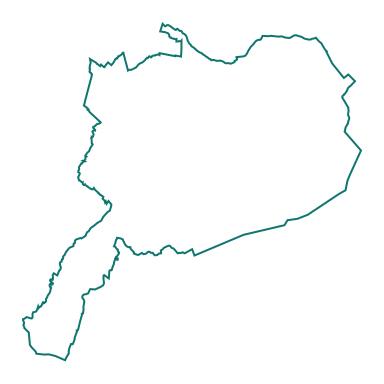 Atlautla, México, Mexico
{"feature_id": "50627088B45951855748023", "entity_name": "Atlautla", "entity_type": "district", "adm_level": 2, "iso_a3": "MEX", "parent_name": "Mexico", "parent_adm1": "México", "projection": "equal_earth", "projection_center": [-98.761, 19.016], "detail": "fine", "context": "isolated", "style": "outline", "palette": "teal", "viewbox_px": 384, "rotation_deg": 0, "n_neighbors": 0, "source": "geoboundaries", "source_scale": "gbopen_adm2", "svg_char_len": 5732}
<svg xmlns="http://www.w3.org/2000/svg" viewBox="0 0 384 384"><path d="M84.7,102.4L84.8,102.6L83.9,105.5L87.0,107.8L88.1,108.9L87.5,109.6L88.2,110.3L88.7,110.1L89.6,112.1L100.7,122.4L100.4,122.9L99.2,123.6L97.1,124.0L94.5,126.4L93.1,127.1L93.2,127.8L95.2,130.0L95.0,130.6L94.4,130.4L93.2,130.7L92.4,131.6L93.3,133.5L93.6,134.6L92.8,136.9L92.3,137.1L91.7,136.8L91.6,138.0L91.2,138.2L91.6,139.5L91.8,143.4L92.7,144.3L90.1,148.5L89.1,151.2L87.2,152.9L85.7,155.1L85.3,155.8L86.4,156.6L85.5,157.2L85.3,159.4L84.6,160.4L83.2,160.7L84.5,161.4L83.5,161.6L82.7,162.5L82.5,162.4L81.9,163.5L81.3,163.4L78.9,167.3L79.2,169.4L78.4,170.7L78.2,172.0L79.7,173.1L79.7,174.0L78.2,177.1L78.4,177.5L78.3,178.1L79.1,180.4L79.5,180.3L82.2,182.5L82.8,182.2L82.8,184.1L83.9,185.1L84.9,184.4L85.0,184.9L87.3,186.2L87.2,186.4L89.8,188.2L91.9,189.4L92.8,189.3L93.9,187.9L94.9,189.7L98.7,193.1L98.5,193.3L100.5,195.1L100.8,194.9L103.4,196.9L102.6,198.7L104.7,200.7L105.1,202.4L105.8,201.4L106.6,203.8L108.5,201.0L111.3,204.4L111.3,205.5L109.8,210.7L107.5,212.1L103.3,216.8L101.3,220.6L97.0,223.2L94.3,225.5L90.7,228.0L88.6,231.4L87.2,232.1L86.4,233.5L85.7,235.7L81.5,238.5L80.5,238.0L79.9,238.2L75.7,239.7L75.0,240.9L74.8,243.1L73.7,243.6L73.4,246.1L69.3,247.9L66.0,252.0L64.5,255.2L63.7,255.7L63.1,256.7L63.2,258.1L62.7,259.3L61.9,259.4L61.6,261.6L60.2,262.2L59.8,263.9L60.9,267.9L59.9,270.2L59.2,270.6L57.3,275.4L53.8,273.3L52.7,275.2L53.0,278.1L52.7,279.8L52.2,279.9L51.3,279.2L50.8,279.3L50.2,279.8L50.1,280.9L52.8,283.1L52.9,283.8L52.4,284.4L51.6,284.7L50.7,283.5L49.7,284.4L49.6,285.3L49.8,286.4L50.3,287.1L50.9,287.1L51.1,288.1L50.7,288.7L50.3,291.2L49.4,293.3L47.8,295.4L47.0,297.6L46.0,298.9L46.1,300.7L45.5,302.2L44.8,302.4L44.2,303.1L43.5,303.2L43.3,302.2L43.0,302.2L42.7,303.7L42.3,303.7L41.3,306.0L40.7,306.6L40.3,306.4L39.8,306.7L38.5,308.2L38.1,306.6L36.9,310.3L35.9,311.6L33.0,312.4L32.5,314.1L32.6,317.2L31.8,318.4L30.8,318.4L26.7,317.1L24.2,318.8L23.0,319.2L23.1,320.3L24.0,322.3L24.0,323.5L23.4,325.2L24.3,327.0L24.3,328.0L28.8,332.5L29.9,344.9L31.6,347.3L35.6,351.5L36.4,353.7L44.5,354.6L48.7,354.3L55.1,355.9L65.1,360.2L66.1,357.9L68.8,353.3L68.7,351.1L69.3,348.3L71.0,344.0L72.7,344.2L73.2,343.2L74.8,338.9L74.5,338.2L77.0,331.4L76.7,330.5L77.9,330.1L78.5,328.1L80.0,321.7L82.1,314.4L81.8,314.0L82.8,312.9L83.1,313.0L83.5,309.8L83.4,306.7L84.1,303.4L84.2,300.9L83.9,299.9L82.3,297.8L82.3,296.6L82.7,295.5L84.2,294.4L86.1,294.2L88.2,293.3L90.0,289.3L90.8,289.1L95.0,289.5L101.2,286.6L103.1,285.3L104.0,283.3L103.4,277.9L103.6,275.4L104.2,275.1L108.8,278.4L109.4,270.9L110.2,270.1L111.4,270.3L111.8,269.9L112.3,267.9L113.9,263.9L114.0,262.5L115.1,259.3L117.6,259.8L117.8,258.5L115.5,258.0L116.0,257.1L116.3,257.3L118.9,253.5L119.0,252.9L118.7,252.6L118.9,252.3L117.7,250.9L118.0,250.0L117.5,249.4L116.1,248.2L115.6,247.1L114.0,246.3L115.3,243.3L115.9,240.2L116.7,239.3L117.0,237.8L120.3,238.3L122.8,239.4L123.5,241.4L124.0,241.9L124.4,243.5L124.8,243.7L125.6,245.3L127.3,246.7L129.1,247.3L129.9,247.0L130.4,247.2L130.7,248.9L134.1,252.5L133.9,253.6L137.2,254.8L138.5,254.9L141.9,252.9L143.5,254.2L145.0,254.0L146.7,253.2L148.0,251.9L149.3,251.7L150.9,252.8L152.7,252.8L153.9,254.5L154.9,255.3L157.1,255.1L158.9,253.6L161.1,253.3L160.9,250.4L162.8,249.2L163.8,247.9L166.8,246.4L169.3,245.6L170.1,246.0L171.7,247.9L173.6,248.5L177.7,253.3L179.1,252.9L181.0,253.0L182.4,252.3L182.8,252.3L184.3,253.3L184.9,253.2L192.1,249.2L194.5,255.5L243.6,234.8L284.5,225.2L287.5,220.2L297.4,218.8L307.7,214.8L339.4,193.7L345.5,190.3L347.5,180.6L350.1,174.3L361.0,150.5L344.6,131.6L345.1,130.5L345.2,129.0L345.8,127.0L347.6,123.9L347.9,123.8L348.3,121.1L349.0,119.7L349.3,117.8L348.0,114.9L348.6,110.5L348.2,108.7L348.4,107.8L342.2,97.4L342.4,96.1L343.7,95.2L344.0,94.3L344.6,94.1L346.9,90.9L347.9,88.2L349.3,86.7L350.0,86.4L355.0,81.2L348.3,74.5L343.9,78.0L332.1,63.3L326.3,51.6L326.7,51.4L324.8,49.2L321.3,43.2L318.7,41.1L315.9,37.7L314.8,38.3L312.1,38.8L310.8,39.5L309.3,39.6L306.1,39.1L303.6,38.2L301.9,37.0L296.0,35.2L294.0,35.5L290.4,37.6L289.1,38.0L285.0,37.5L281.9,36.4L277.9,36.6L270.7,35.8L269.0,36.2L262.6,35.9L260.9,39.4L260.3,39.8L259.2,39.7L257.4,40.2L255.7,41.2L253.4,44.2L250.7,46.9L248.3,50.8L246.9,53.7L245.3,55.7L243.4,56.4L236.4,57.1L236.3,57.4L237.2,58.3L236.8,59.8L234.6,60.9L234.6,62.0L231.5,63.5L230.2,63.6L228.4,63.1L226.2,63.3L224.9,62.9L223.2,61.6L220.4,60.6L217.0,60.9L213.8,60.0L211.1,60.2L210.4,59.1L209.0,58.7L207.4,57.3L206.3,56.8L204.8,55.5L202.2,53.9L202.1,53.4L199.0,52.1L196.2,50.0L195.8,49.3L194.7,48.7L193.9,47.7L191.3,46.1L190.8,44.9L189.4,43.7L187.6,40.5L187.1,38.0L185.8,35.3L184.2,33.9L182.7,33.3L181.5,31.1L180.7,30.8L179.7,30.9L177.4,28.8L176.9,28.9L175.9,29.9L175.3,29.9L169.8,25.9L168.0,25.0L166.7,25.3L165.6,26.2L165.1,26.3L162.6,23.8L160.2,31.4L165.0,32.2L167.7,33.0L169.1,34.5L169.3,36.4L170.2,37.6L170.7,37.4L171.8,38.2L174.0,38.9L174.4,38.8L175.7,39.2L176.5,39.0L176.4,41.5L177.9,41.5L179.1,41.1L180.6,41.3L181.5,40.4L181.4,50.3L181.0,56.6L175.5,55.5L175.4,56.2L159.6,53.2L159.5,55.0L158.4,54.3L157.0,54.9L155.7,54.9L154.9,55.6L153.9,55.4L151.8,56.3L151.7,56.9L151.0,57.4L149.4,56.3L148.8,56.6L147.9,58.0L146.9,57.9L146.5,58.6L145.8,59.0L144.7,60.5L142.2,62.5L139.8,63.5L138.3,64.7L136.1,67.4L131.4,69.8L129.3,69.8L128.4,70.1L128.0,70.5L123.4,53.2L123.5,53.0L123.2,52.6L122.5,53.0L122.0,54.1L120.7,55.2L119.8,55.5L119.4,56.1L118.2,56.3L118.0,57.1L117.4,57.5L117.3,58.3L116.5,58.2L115.9,59.0L115.4,59.1L113.6,62.4L111.4,65.2L108.0,62.4L104.8,66.3L104.5,67.2L103.9,67.1L101.0,64.6L100.1,66.1L97.6,64.1L96.9,63.9L96.3,62.9L90.0,59.0L90.7,62.7L90.4,64.0L89.7,65.9L89.9,66.6L89.5,68.5L90.0,69.0L89.5,71.8L90.7,72.6L90.8,73.4L91.5,73.6L92.0,74.7L84.7,102.4Z" fill="none" stroke="#0f766e" stroke-width="2"/></svg>